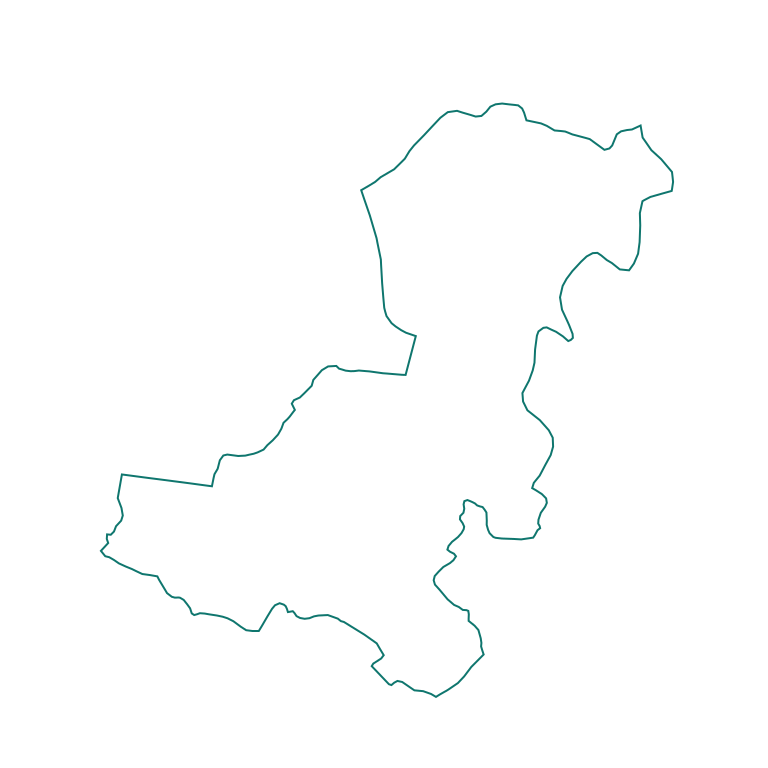 outline of Al-Kadhmiyah, Sala ad-Din, Iraq, rotated 10°
{"feature_id": "34846034B5863384083959", "entity_name": "Al-Kadhmiyah", "entity_type": "district", "adm_level": 2, "iso_a3": "IRQ", "parent_name": "Iraq", "parent_adm1": "Sala ad-Din", "projection": "natural_earth1", "projection_center": [44.187, 33.463], "detail": "fine", "context": "isolated", "style": "outline", "palette": "teal", "viewbox_px": 768, "rotation_deg": 10, "n_neighbors": 0, "source": "geoboundaries", "source_scale": "gbopen_adm2", "svg_char_len": 4420}
<svg xmlns="http://www.w3.org/2000/svg" viewBox="0 0 768 768"><g transform="rotate(10 384 384)"><path d="M605.6,229.5L609.2,222.0L611.6,211.6L611.1,199.9L608.8,183.3L606.3,171.3L606.8,159.1L608.3,157.8L613.9,153.5L623.6,148.8L624.4,148.4L633.8,143.9L633.8,141.5L633.6,134.8L632.2,129.9L630.8,125.2L625.9,121.1L618.0,114.5L613.0,111.3L606.7,107.3L600.3,100.8L595.9,96.4L591.8,84.9L584.0,90.3L579.2,91.7L573.6,94.0L569.9,97.7L567.3,109.5L565.1,112.9L560.4,115.1L544.1,107.1L540.2,106.7L531.0,105.9L526.1,105.5L522.1,104.6L518.6,103.9L514.8,104.1L507.9,104.7L499.5,101.5L493.4,100.1L487.8,99.9L478.5,99.6L474.8,92.4L472.2,88.7L467.8,86.3L464.1,86.5L458.6,86.9L451.6,87.3L445.3,89.2L440.6,92.4L437.5,98.0L433.4,103.1L427.8,104.7L422.6,104.0L414.3,103.1L408.5,102.3L399.6,105.2L393.3,112.0L386.8,121.9L380.3,131.9L372.1,143.9L368.6,150.3L365.4,158.5L360.7,165.2L358.4,168.4L356.7,170.8L352.8,174.1L344.8,180.9L340.2,186.5L335.0,191.1L327.9,197.1L332.1,204.8L340.8,220.5L351.3,241.6L352.5,244.7L352.5,244.8L359.3,262.0L360.5,267.4L362.3,275.0L364.7,285.2L368.4,299.3L371.0,308.9L372.6,312.5L374.7,316.7L380.9,322.8L385.4,325.3L391.6,328.0L396.8,329.7L407.0,331.3L403.7,371.3L400.2,371.8L385.0,373.2L381.1,373.6L367.7,374.1L356.9,375.1L352.7,376.4L348.9,377.2L343.9,377.5L340.1,377.0L337.1,376.7L333.9,374.5L325.9,376.4L320.4,381.2L317.2,386.5L313.7,392.2L313.1,398.3L307.0,407.1L304.8,410.1L303.5,411.9L298.1,415.6L296.6,419.4L300.7,425.0L299.5,427.2L296.8,432.5L295.0,435.4L291.8,439.6L290.7,445.8L288.6,451.7L288.3,452.4L284.2,458.8L279.8,464.4L276.8,469.5L271.4,473.3L267.8,475.3L263.6,477.0L259.9,478.6L253.4,480.1L253.1,480.2L241.9,480.7L238.2,482.3L235.6,487.6L235.3,491.3L235.1,494.0L234.9,496.4L232.7,502.3L232.5,506.3L232.3,514.6L220.6,515.1L210.5,515.5L179.5,516.9L167.2,517.5L141.6,518.6L141.6,542.6L147.0,551.7L149.6,558.9L148.9,564.2L144.8,570.6L143.7,576.2L141.1,579.9L137.4,580.2L137.9,584.7L140.0,588.5L134.2,597.5L139.4,602.0L143.5,602.3L148.4,604.1L154.1,606.7L161.4,608.6L167.9,610.0L172.7,611.4L179.0,613.1L186.6,612.8L194.2,612.8L196.5,615.9L204.4,625.0L206.6,627.6L212.0,630.4L215.2,630.7L218.9,629.9L220.2,629.9L224.2,631.4L228.4,635.1L232.0,638.6L234.5,643.3L237.2,644.5L240.1,643.1L242.5,641.7L247.3,641.2L251.5,641.2L259.7,641.0L265.6,641.2L270.6,641.9L276.9,643.8L284.9,647.8L291.0,650.4L297.1,650.1L303.6,649.0L305.7,643.6L309.6,633.0L312.8,624.8L315.1,620.8L319.3,618.0L323.7,618.7L325.8,619.9L327.5,622.4L329.0,625.3L330.4,624.8L333.6,623.6L335.5,625.0L338.2,627.8L342.0,629.0L346.6,629.0L351.2,627.6L355.4,625.0L359.6,623.4L368.8,621.3L379.3,623.1L382.7,625.0L385.8,625.3L392.8,628.1L408.1,634.2L421.9,640.7L426.1,645.7L430.8,651.1L428.9,654.8L422.0,661.2L420.9,664.0L441.0,678.8L443.6,679.2L445.9,676.4L448.8,674.1L453.7,674.3L462.9,678.5L467.1,680.4L475.9,679.7L484.2,681.1L489.5,683.1L493.1,679.9L497.2,676.5L498.6,675.4L500.5,673.7L508.7,665.7L513.7,658.1L519.1,647.5L529.1,633.1L527.0,629.2L525.2,625.6L524.9,622.1L523.4,617.6L519.7,609.9L515.2,606.3L508.5,602.6L508.1,600.4L507.5,596.0L506.4,592.8L504.5,592.4L500.8,592.8L496.4,590.6L491.4,589.4L484.0,585.0L474.5,577.0L469.0,572.7L467.0,568.6L467.3,564.3L470.4,559.3L474.2,553.9L480.1,548.9L483.0,545.4L484.8,541.2L482.4,539.0L478.1,537.7L475.2,536.1L475.7,532.3L478.4,527.6L481.1,524.6L483.5,521.8L486.2,517.4L487.7,513.2L487.7,510.5L485.6,507.4L482.3,504.1L482.0,500.8L484.6,497.0L484.7,492.9L483.3,488.7L483.5,485.4L486.3,483.8L489.3,484.4L491.7,485.0L494.3,485.8L496.8,487.4L499.8,487.9L501.7,488.0L502.5,488.1L505.0,490.4L507.2,492.8L508.0,496.4L508.9,500.5L509.6,504.9L511.8,509.5L513.9,512.6L518.3,515.7L520.6,516.1L527.0,515.7L538.5,514.1L546.1,513.2L553.1,510.9L557.6,509.4L558.8,506.7L560.6,501.3L562.8,498.9L561.9,496.8L560.1,494.7L559.7,490.8L560.8,483.6L564.0,476.9L565.0,472.8L563.5,468.5L558.6,465.0L551.9,462.2L548.0,460.8L548.7,455.3L553.0,447.6L553.2,447.3L557.0,435.4L560.5,425.1L561.4,416.3L559.5,407.6L554.3,400.9L543.7,392.5L529.8,385.0L524.0,377.1L521.9,368.9L523.2,364.8L526.2,355.6L528.1,344.8L528.5,336.9L526.8,323.8L526.2,309.8L527.0,305.4L531.2,301.0L534.4,300.0L539.3,301.4L544.4,302.7L551.9,306.0L558.0,309.7L560.3,308.2L562.0,305.8L561.0,301.9L556.1,293.9L553.8,290.5L546.4,279.9L542.3,268.1L542.9,256.4L545.5,248.8L549.9,240.1L556.8,229.4L561.4,223.2L566.8,218.9L567.6,218.7L571.4,217.8L575.7,219.7L581.8,223.2L587.4,225.3L596.3,230.2L605.6,229.5Z" fill="none" stroke="#0f766e" stroke-width="2"/></g></svg>